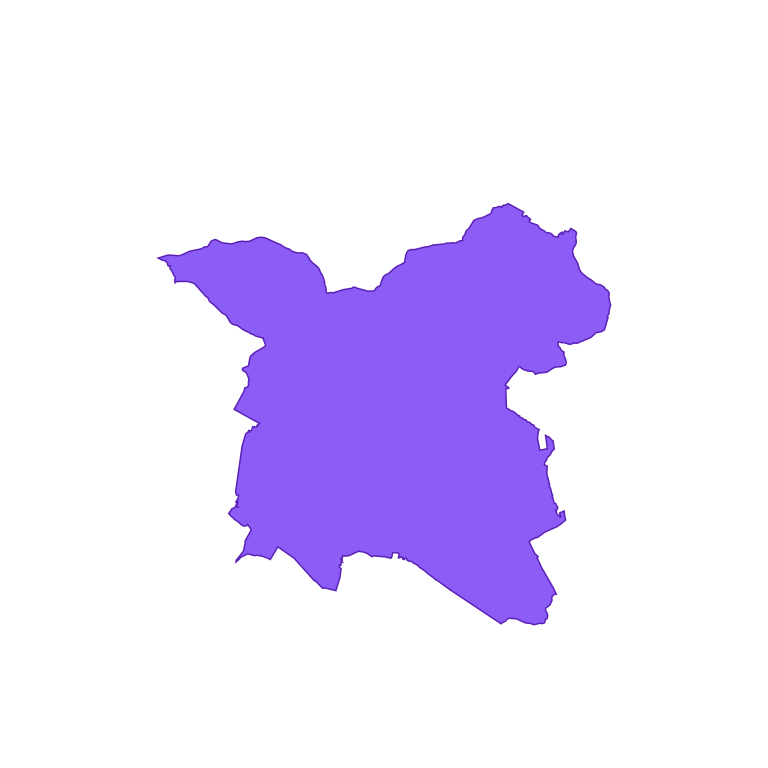 the district of Stanita, Neamt, Romania, rotated 300°
{"feature_id": "2599482B66033440846338", "entity_name": "Stanita", "entity_type": "district", "adm_level": 2, "iso_a3": "ROU", "parent_name": "Romania", "parent_adm1": "Neamt", "projection": "orthographic", "projection_center": [27.139, 47.016], "detail": "fine", "context": "isolated", "style": "filled", "palette": "violet", "viewbox_px": 768, "rotation_deg": 300, "n_neighbors": 0, "source": "geoboundaries", "source_scale": "gbopen_adm2", "svg_char_len": 6171}
<svg xmlns="http://www.w3.org/2000/svg" viewBox="0 0 768 768"><g transform="rotate(300 384 384)"><path d="M234.9,605.4L236.2,605.6L239.1,607.7L242.6,608.5L243.7,609.6L246.9,616.1L247.7,625.1L248.1,626.8L249.8,630.2L250.5,634.2L254.8,638.7L255.3,639.4L255.3,640.5L257.4,642.5L260.8,641.6L262.8,642.5L265.4,641.5L267.1,639.9L268.9,636.9L270.7,636.1L275.5,638.2L280.5,637.7L282.9,636.0L285.0,636.1L287.0,636.7L288.1,638.3L292.0,632.7L304.1,611.8L310.2,603.3L311.3,603.9L311.9,602.7L312.4,599.7L319.8,588.7L322.4,589.3L326.7,592.2L327.9,593.7L336.5,597.5L346.7,605.0L350.9,607.1L357.1,609.3L360.5,606.1L364.1,603.5L360.3,600.7L357.3,603.4L356.9,603.1L358.3,601.5L357.1,600.5L358.7,597.6L359.7,596.6L360.4,596.9L360.8,595.7L362.7,596.7L364.2,596.0L364.6,594.8L366.4,592.4L366.0,590.8L370.2,586.8L370.2,586.1L372.1,585.6L372.1,585.0L376.6,580.7L378.6,577.9L379.6,577.8L387.6,569.9L394.5,566.4L394.2,565.2L394.4,563.0L396.8,562.4L399.2,562.8L401.5,562.2L406.0,563.3L409.9,563.1L412.7,564.0L419.2,559.0L419.4,557.1L420.5,554.0L420.2,549.6L409.7,557.8L404.5,552.1L413.9,543.9L420.2,541.4L422.1,541.2L421.8,537.0L422.1,535.9L423.1,534.6L423.2,533.6L422.6,532.1L423.2,531.4L423.6,529.4L422.9,526.9L423.3,526.3L423.3,525.7L423.8,525.3L423.8,524.2L423.0,523.0L423.7,521.1L423.2,518.5L424.2,517.4L423.7,516.2L424.6,512.2L424.7,508.5L424.2,506.5L424.6,503.9L424.4,502.1L440.8,491.8L442.5,494.1L443.3,493.7L443.5,489.4L454.8,490.8L461.4,492.3L466.6,492.1L466.8,493.1L466.3,495.4L466.3,498.7L467.0,499.9L466.9,501.7L468.9,505.6L469.3,507.9L468.0,510.1L470.8,512.5L475.6,519.1L482.7,522.7L484.8,524.6L487.5,528.7L488.2,529.0L491.0,531.7L493.6,531.3L496.6,528.5L497.5,527.0L499.9,524.5L501.6,524.1L501.8,520.5L503.5,518.1L504.2,515.6L507.5,513.9L507.9,514.2L508.9,518.0L509.8,519.1L511.2,525.2L514.2,527.9L515.3,529.5L515.7,530.8L528.0,540.0L534.5,542.0L537.7,545.8L540.1,547.3L541.3,547.8L553.8,544.7L553.6,544.0L555.3,543.3L556.4,543.8L557.2,543.7L560.7,542.1L565.9,540.7L567.7,538.6L572.7,534.5L574.1,534.3L575.6,533.2L576.9,530.6L576.5,529.0L577.8,526.7L578.1,525.1L578.1,521.8L577.0,518.8L576.8,516.6L577.8,510.8L577.8,507.2L578.8,500.8L579.6,498.4L581.0,495.9L585.7,491.0L589.5,484.3L592.4,481.5L594.1,480.5L597.2,480.1L600.5,480.3L603.2,479.5L607.3,476.4L611.1,475.2L612.0,473.6L612.1,468.1L608.0,467.6L607.0,464.1L603.7,464.0L602.8,463.6L602.8,463.2L604.4,462.3L602.8,461.2L600.4,460.5L598.3,461.5L596.7,456.8L597.5,455.4L597.8,453.0L597.3,450.9L596.6,450.3L596.3,447.9L596.7,446.2L596.6,441.5L598.2,438.1L598.3,437.2L596.9,429.7L597.7,428.1L599.2,428.9L599.9,428.4L600.2,427.7L600.1,425.9L601.0,423.6L600.5,422.2L599.3,422.2L598.7,419.2L602.7,419.1L602.3,401.3L599.6,399.6L598.9,398.4L597.3,397.5L596.0,398.0L595.6,397.6L595.8,396.1L595.4,394.9L593.1,393.2L591.2,390.6L588.6,390.5L585.1,391.4L578.6,387.0L576.0,384.9L574.2,382.5L570.6,380.0L561.5,379.8L557.6,378.6L553.5,379.4L550.4,378.8L547.8,380.2L547.2,380.2L546.0,378.2L542.4,375.8L541.3,374.6L540.4,372.3L539.0,370.9L537.5,368.0L535.2,366.0L529.0,357.1L524.7,353.4L523.7,351.5L515.6,343.2L514.4,340.8L511.9,338.3L510.6,338.0L506.7,338.3L499.6,341.0L495.1,338.4L493.1,336.8L488.2,334.6L482.5,332.9L479.2,330.8L476.6,329.8L469.6,330.8L467.6,331.7L463.9,329.3L459.7,328.9L456.3,323.5L453.4,312.4L453.1,309.8L452.2,308.8L451.0,308.5L445.3,301.5L437.4,294.3L436.6,291.9L434.6,290.1L434.4,289.3L434.6,288.1L438.9,285.1L440.7,282.6L442.1,282.1L445.3,278.7L447.7,275.8L448.6,273.6L451.5,269.9L452.4,267.3L453.1,262.0L454.7,257.1L455.6,256.2L457.5,252.0L456.7,247.6L454.1,243.2L453.0,238.0L453.5,234.5L452.6,230.2L453.0,224.2L452.5,221.8L451.2,208.3L450.6,206.2L449.3,203.7L447.1,200.8L440.5,196.3L438.1,192.8L436.4,189.2L434.0,186.4L429.9,182.8L428.6,181.0L425.3,173.2L425.1,167.3L424.5,165.2L421.3,162.9L414.7,162.6L412.8,159.9L409.5,158.0L401.7,149.2L394.5,144.2L392.5,142.3L388.4,133.7L387.1,131.9L380.2,125.5L380.4,130.5L381.3,132.6L380.5,136.1L379.2,136.8L378.2,138.3L379.6,139.9L376.9,141.0L376.1,143.1L371.3,150.6L369.5,150.5L367.3,152.6L368.8,153.0L369.5,153.9L374.4,162.2L375.9,167.6L376.1,169.8L370.9,185.5L370.5,188.7L368.6,191.1L368.2,192.1L367.3,198.0L364.6,207.8L364.5,213.2L360.9,219.3L360.1,221.8L360.1,223.4L361.4,228.2L360.6,234.9L360.8,238.5L361.2,241.0L360.9,242.9L361.5,247.0L361.3,248.7L363.0,255.2L363.7,256.5L362.7,256.7L359.1,261.4L358.2,262.1L356.0,261.7L346.8,256.3L341.3,254.5L339.9,254.7L331.9,257.5L326.8,253.6L325.2,254.6L324.9,258.6L323.9,260.8L321.0,264.2L314.3,267.5L312.7,266.9L310.9,265.4L307.6,266.4L287.1,266.9L287.6,295.9L284.7,294.7L284.4,294.9L284.3,295.7L283.8,295.6L282.7,294.6L281.5,291.7L277.5,292.4L276.4,291.7L276.3,290.6L275.4,291.4L275.5,290.1L273.6,290.2L272.3,289.2L270.2,289.5L259.5,292.1L216.0,309.6L214.9,311.2L214.0,311.7L215.1,312.6L215.1,313.5L211.2,315.2L210.5,314.5L209.1,315.2L208.0,314.5L207.6,315.4L208.1,316.0L208.8,316.1L208.9,316.5L206.4,316.9L206.2,316.3L205.5,316.6L204.9,316.3L204.2,317.0L204.9,318.1L204.9,318.9L204.6,319.2L204.0,318.8L204.0,318.0L203.5,316.9L199.2,314.4L198.5,314.7L194.3,314.2L193.0,317.6L192.8,319.8L192.0,322.0L191.7,326.6L190.8,330.9L190.7,333.1L191.1,334.0L192.8,336.1L194.2,336.2L191.6,341.6L190.9,342.0L178.8,342.2L177.0,343.2L168.9,345.9L157.7,344.2L155.9,344.7L158.9,345.9L162.4,346.6L168.5,350.8L169.2,351.9L169.7,354.7L171.0,358.4L172.4,359.7L173.2,363.0L173.8,363.4L175.0,370.5L175.1,373.3L189.9,373.5L188.2,393.2L179.0,421.3L178.8,422.2L179.4,422.3L176.4,433.0L178.0,435.2L181.0,445.7L194.6,442.5L202.8,439.1L202.9,437.0L205.0,436.2L205.3,437.3L208.6,436.0L208.9,436.9L209.2,436.1L210.4,436.1L210.6,434.1L211.6,434.1L212.0,435.2L214.6,434.1L215.7,436.8L218.0,439.6L226.7,445.8L226.8,447.0L227.9,449.2L228.9,453.6L228.4,459.7L230.2,461.3L233.8,469.3L234.9,470.9L235.1,473.0L236.0,474.7L236.4,476.9L237.6,477.3L242.3,476.0L242.9,476.7L244.6,480.8L244.5,482.1L240.7,483.3L240.9,484.1L242.9,485.4L243.1,487.4L242.0,487.4L241.8,488.4L242.1,489.2L243.9,489.6L243.9,490.0L243.8,491.3L243.0,492.1L243.0,494.2L243.8,495.2L244.0,496.4L243.6,499.7L243.9,500.7L243.7,502.9L243.9,504.4L243.0,506.2L242.5,513.3L241.7,516.8L240.8,524.4L240.3,525.9L240.5,528.3L238.8,544.4L234.9,605.4Z" fill="#8b5cf6" stroke="#5b21b6" stroke-width="1.5"/></g></svg>